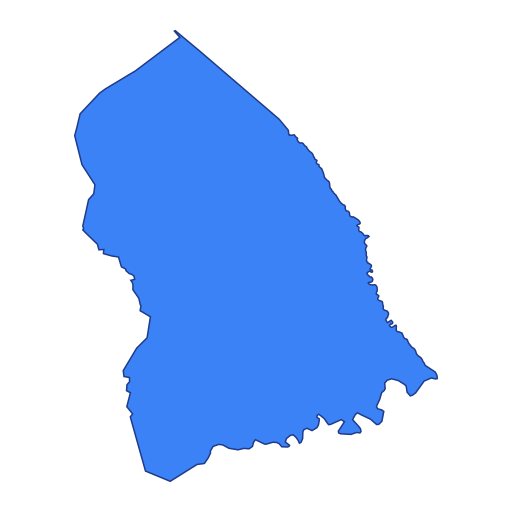 outline of San Jacinto Tlacotepec, Oaxaca, Mexico
{"feature_id": "50627088B78980153949014", "entity_name": "San Jacinto Tlacotepec", "entity_type": "district", "adm_level": 2, "iso_a3": "MEX", "parent_name": "Mexico", "parent_adm1": "Oaxaca", "projection": "mercator", "projection_center": [-97.345, 16.506], "detail": "fine", "context": "isolated", "style": "filled", "palette": "blue", "viewbox_px": 512, "rotation_deg": 0, "n_neighbors": 0, "source": "geoboundaries", "source_scale": "gbopen_adm2", "svg_char_len": 4894}
<svg xmlns="http://www.w3.org/2000/svg" viewBox="0 0 512 512"><path d="M425.3,365.5L423.9,362.6L423.2,362.1L422.3,359.8L421.2,358.1L419.7,356.8L418.5,356.1L417.1,354.7L416.2,353.1L415.6,350.9L414.5,349.0L413.4,348.1L412.6,347.8L411.6,347.0L408.7,343.2L407.6,340.8L407.4,339.8L406.5,339.1L404.8,338.6L403.7,337.3L402.9,335.2L401.9,333.0L399.4,332.0L397.7,331.7L396.9,331.2L396.3,330.5L396.2,329.6L396.4,326.0L396.1,325.3L395.3,325.3L393.9,326.2L392.2,327.3L391.2,327.3L390.3,326.7L389.5,325.5L390.0,324.6L390.7,324.1L391.8,324.0L392.8,322.9L392.5,321.8L391.1,320.3L388.7,321.8L387.7,322.5L387.0,322.1L385.8,319.9L386.4,318.4L387.4,317.6L388.5,314.2L388.5,313.1L387.5,311.4L387.0,311.0L384.6,310.2L383.6,309.5L383.1,308.2L383.4,306.6L382.6,303.8L382.6,302.5L382.1,301.5L378.6,300.2L377.9,299.6L377.7,298.6L378.0,297.8L378.7,296.6L378.7,295.8L377.7,294.8L376.5,294.3L376.2,293.6L376.6,292.0L377.2,290.9L377.1,287.8L377.0,287.1L376.1,285.6L375.8,285.2L374.7,284.7L372.4,285.0L371.3,284.9L369.3,284.2L368.2,283.0L368.5,282.6L370.2,282.2L371.3,282.0L371.4,281.9L372.2,281.5L372.6,280.6L372.8,279.2L372.4,278.1L371.2,276.9L370.0,277.1L369.2,276.1L367.8,274.9L366.9,273.2L367.6,272.4L368.7,271.6L369.9,271.3L371.3,272.2L372.4,272.0L372.5,271.0L372.0,270.0L370.4,269.8L370.1,269.3L370.1,268.8L371.1,267.1L371.5,265.9L371.3,265.2L370.6,264.5L368.8,263.4L368.0,263.3L367.8,262.2L366.9,261.8L366.5,261.1L366.7,258.4L367.0,257.4L366.9,256.8L366.3,255.9L366.3,252.5L365.5,249.7L365.6,248.9L366.2,247.0L366.7,246.6L366.7,245.5L364.9,243.8L364.3,242.4L364.3,241.9L364.8,240.2L365.8,238.5L367.2,237.9L369.0,236.5L368.4,235.7L367.6,235.5L364.6,235.6L363.8,235.0L363.2,234.1L362.6,233.3L360.8,231.8L359.6,231.6L358.9,230.7L358.7,229.6L359.0,227.5L358.7,226.9L357.6,226.4L356.9,225.7L357.3,225.0L358.1,224.5L359.3,224.1L360.1,223.5L360.1,222.7L359.8,221.8L358.7,220.4L357.6,219.4L356.9,219.2L356.1,218.4L355.0,217.9L353.7,217.0L352.9,216.8L352.1,217.1L351.3,216.8L350.1,216.0L349.8,215.6L349.3,212.5L348.8,211.8L348.0,211.2L347.3,211.0L346.4,211.0L345.5,209.6L345.5,209.1L345.2,208.4L345.3,206.4L344.5,205.2L343.3,204.8L342.6,204.4L340.7,202.7L339.4,201.0L335.6,194.6L334.7,194.1L334.2,193.4L333.7,193.1L332.9,191.6L332.1,191.1L332.0,190.6L331.5,190.0L331.3,189.1L330.5,188.6L329.9,187.3L330.0,187.0L329.6,185.6L329.7,184.7L329.4,182.8L329.2,182.1L328.8,181.5L327.9,180.7L327.0,180.2L325.8,178.9L324.5,177.5L323.5,173.3L321.8,168.9L321.3,168.4L319.3,166.8L319.1,166.3L318.9,164.7L316.9,163.8L316.4,163.3L316.3,162.6L316.5,161.9L316.9,160.9L317.0,160.7L316.6,160.1L314.9,159.2L314.4,157.7L313.7,156.7L312.9,154.6L312.1,153.3L310.3,151.8L309.6,151.4L308.3,149.9L307.1,148.3L306.5,146.9L305.3,146.1L304.5,145.3L303.9,144.8L303.8,144.4L303.1,143.5L301.8,142.8L300.1,143.1L298.7,142.2L298.2,141.2L297.5,140.7L297.1,139.4L297.6,138.5L296.9,137.6L295.8,137.0L294.3,134.8L291.1,135.3L290.0,135.0L289.6,135.3L289.3,135.2L288.7,133.7L288.5,132.1L288.5,131.2L288.2,130.1L286.8,128.4L279.1,119.2L199.6,51.0L175.3,30.7L174.4,31.1L179.8,37.4L135.1,71.1L130.6,73.7L105.4,88.9L99.5,93.2L93.4,99.7L80.1,113.8L76.8,127.8L76.0,130.7L74.7,135.6L78.5,150.8L82.0,164.7L94.9,184.7L93.8,193.7L88.6,199.6L82.8,226.0L83.6,228.6L82.8,229.9L86.3,233.5L97.4,244.2L98.9,249.8L103.8,249.5L103.4,253.6L111.9,256.0L118.5,257.0L121.4,266.8L125.6,269.0L126.0,270.7L129.4,273.7L131.5,274.2L133.9,275.9L134.7,279.4L130.8,280.3L131.9,281.9L132.4,282.7L133.0,285.4L132.9,289.7L138.8,298.2L140.3,304.8L141.0,306.0L140.1,310.4L140.5,311.1L141.2,311.3L150.4,316.8L147.1,337.8L136.7,348.1L123.2,370.7L124.0,376.5L129.4,377.5L129.6,381.7L127.0,384.7L126.5,390.7L130.4,392.7L126.8,406.7L132.6,413.9L130.3,416.9L145.5,471.1L170.2,481.3L197.1,464.4L203.8,463.6L204.6,463.2L208.2,457.9L210.5,453.1L210.4,451.0L213.1,446.4L218.8,444.4L222.7,444.9L229.0,448.3L238.0,449.8L243.8,448.4L249.1,448.8L252.5,446.4L253.5,442.5L255.4,439.7L264.6,444.1L266.4,444.1L273.0,442.2L276.7,442.5L279.2,443.7L281.8,446.8L287.7,447.0L289.0,446.4L289.6,445.3L285.3,442.0L286.5,438.5L290.1,435.5L293.1,434.8L295.7,437.0L298.0,440.1L299.4,443.2L301.0,442.4L302.6,438.8L302.9,431.6L304.0,429.5L307.1,428.3L312.0,430.6L316.9,427.7L318.4,425.1L319.2,420.7L319.2,418.8L316.9,417.3L317.2,415.3L318.9,414.3L324.1,418.4L328.0,424.0L328.8,424.7L330.8,424.3L341.3,419.6L344.4,421.8L338.3,431.2L338.7,433.0L340.6,433.8L351.0,434.4L355.2,432.9L357.0,432.5L360.0,432.9L361.0,431.6L360.5,428.9L359.4,427.2L352.6,419.6L355.3,414.6L357.5,412.8L361.2,414.8L370.5,419.2L376.6,424.5L378.8,424.3L381.9,421.3L383.3,413.9L383.8,411.4L381.7,409.9L377.5,408.7L376.5,406.4L379.8,399.1L381.6,392.7L384.2,390.5L385.2,388.7L384.9,385.8L384.7,383.0L387.3,380.2L391.7,378.8L398.4,380.6L404.7,384.6L406.2,386.2L407.1,392.2L410.3,395.9L412.6,395.1L415.7,392.8L424.2,381.0L431.3,378.0L435.7,379.0L437.3,378.6L437.1,376.2L436.5,374.4L435.2,372.0L425.3,365.5Z" fill="#3b82f6" stroke="#1e3a8a" stroke-width="1.5"/></svg>